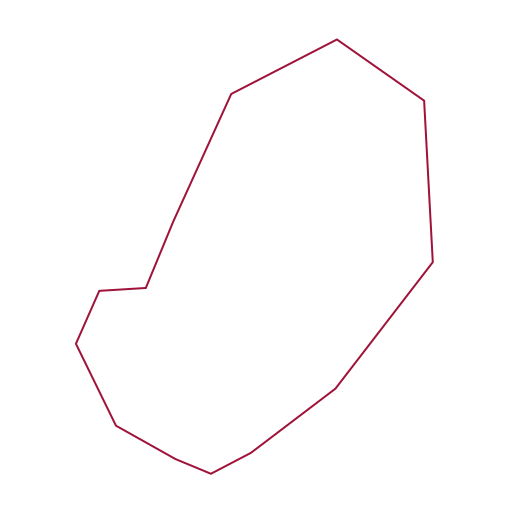 outline of Stepanakert, rotated 182°
{"feature_id": "AZE-4838", "entity_name": "Stepanakert", "entity_type": "District", "adm_level": 1, "iso_a3": "AZE", "parent_name": "Azerbaijan", "parent_adm1": "", "projection": "natural_earth1", "projection_center": [46.777, 39.832], "detail": "fine", "context": "isolated", "style": "outline", "palette": "rose", "viewbox_px": 512, "rotation_deg": 182, "n_neighbors": 0, "source": "natural_earth", "source_scale": "10m", "svg_char_len": 327}
<svg xmlns="http://www.w3.org/2000/svg" viewBox="0 0 512 512"><g transform="rotate(182 256 256)"><path d="M293.5,36.8L329.3,50.2L390.0,81.5L432.9,162.0L411.4,215.7L365.0,220.2L340.0,287.3L286.4,417.1L182.7,475.2L93.4,417.1L79.1,256.0L172.0,126.2L254.2,59.1L293.5,36.8Z" fill="none" stroke="#9f1239" stroke-width="2"/></g></svg>